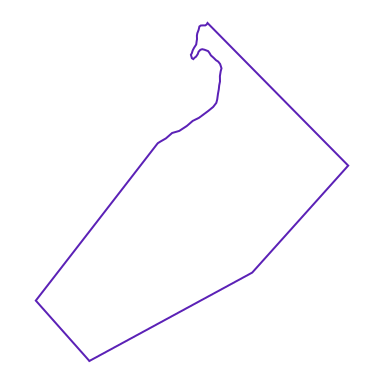 Bani Swayf City, Al Bahr al Ahmar, Egypt
{"feature_id": "37247803B55078919918818", "entity_name": "Bani Swayf City", "entity_type": "district", "adm_level": 2, "iso_a3": "EGY", "parent_name": "Egypt", "parent_adm1": "Al Bahr al Ahmar", "projection": "natural_earth1", "projection_center": [31.142, 28.985], "detail": "fine", "context": "isolated", "style": "outline", "palette": "violet", "viewbox_px": 384, "rotation_deg": 0, "n_neighbors": 0, "source": "geoboundaries", "source_scale": "gbopen_adm2", "svg_char_len": 803}
<svg xmlns="http://www.w3.org/2000/svg" viewBox="0 0 384 384"><path d="M157.8,143.2L156.9,144.3L93.5,226.2L35.8,300.6L88.8,360.3L89.3,361.0L252.2,272.6L348.2,165.6L293.8,110.5L207.5,23.0L206.7,24.4L205.3,25.4L203.0,25.4L200.8,25.5L199.4,26.5L198.6,29.9L197.3,33.3L196.9,35.7L197.0,39.1L196.6,41.6L196.2,44.5L194.0,47.9L192.7,50.4L191.8,53.3L190.9,54.8L191.9,58.2L193.3,59.1L194.6,57.7L196.0,56.7L197.7,54.2L198.6,51.7L200.4,49.8L202.2,49.2L204.4,49.7L208.1,51.1L209.5,53.0L210.9,55.4L213.6,57.8L216.0,60.2L218.2,61.6L220.1,64.0L221.5,68.3L220.7,71.2L219.9,76.1L220.0,81.5L219.2,85.4L218.8,89.3L218.0,93.7L217.2,99.5L216.3,102.9L213.2,106.9L208.3,110.9L199.0,117.8L192.7,120.9L186.9,125.9L179.3,130.9L172.1,133.0L165.9,138.4L160.5,141.5L157.8,143.2Z" fill="none" stroke="#5b21b6" stroke-width="2"/></svg>